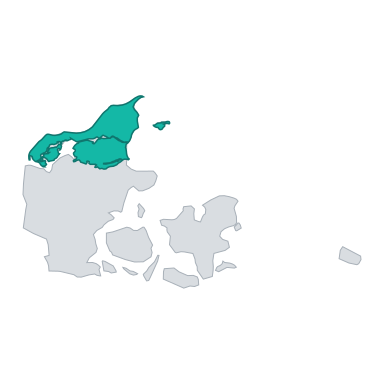 Nordjylland highlighted on a map of Denmark
{"feature_id": "DNK-3418", "entity_name": "Nordjylland", "entity_type": "Region", "adm_level": 1, "iso_a3": "DNK", "parent_name": "Denmark", "parent_adm1": "", "projection": "natural_earth1", "projection_center": [9.42, 57.153], "detail": "fine", "context": "in_parent", "style": "filled", "palette": "teal", "viewbox_px": 384, "rotation_deg": 0, "n_neighbors": 0, "source": "natural_earth", "source_scale": "10m", "svg_char_len": 8844}
<svg xmlns="http://www.w3.org/2000/svg" viewBox="0 0 384 384"><path d="M100.7,275.9L100.0,275.9L96.9,275.3L94.7,274.0L89.0,274.9L81.4,277.1L77.2,277.0L73.9,274.7L60.2,271.4L58.0,271.2L49.0,271.0L48.6,265.9L47.5,262.2L44.4,256.7L49.1,255.4L48.2,244.7L46.5,239.1L33.5,233.5L23.3,227.9L25.8,209.3L26.8,204.3L23.0,194.6L23.5,183.5L25.3,165.9L28.5,165.2L30.9,165.3L40.0,168.5L43.8,168.8L46.4,171.6L49.5,172.7L51.7,169.8L52.6,164.6L59.9,158.0L64.9,155.6L68.4,154.4L71.9,157.1L74.6,160.1L75.2,153.5L77.4,141.1L70.5,139.1L64.9,140.8L59.3,148.7L54.3,158.6L46.3,159.6L39.8,162.4L34.0,159.4L30.3,156.9L30.2,153.1L31.1,150.9L38.0,142.8L47.1,135.0L56.3,135.1L63.0,132.6L67.0,132.3L79.5,132.8L85.9,131.1L91.6,127.6L104.0,112.6L110.9,106.3L125.0,104.1L137.9,96.9L141.6,96.8L135.5,102.2L134.5,104.3L133.8,107.4L138.2,114.4L137.3,118.6L137.7,126.9L133.6,131.3L128.9,140.5L126.9,141.9L126.5,152.7L127.0,155.2L126.4,165.1L131.2,169.1L136.3,171.2L153.3,171.1L155.1,172.9L157.2,176.0L155.7,181.1L153.9,185.0L149.0,188.3L142.7,190.8L138.8,190.9L133.4,186.2L130.9,187.7L128.2,190.1L123.9,202.9L121.8,211.5L120.7,212.2L118.2,211.0L113.9,210.9L108.4,212.9L111.2,214.8L114.2,217.9L113.0,219.5L108.2,221.3L104.0,224.8L102.2,227.4L96.8,230.5L93.4,234.5L95.1,239.4L95.8,243.8L97.3,248.5L96.0,252.4L89.3,257.8L86.8,262.6L92.6,262.5L96.1,263.6L98.2,265.0L100.3,267.0L99.0,269.5L100.7,275.9ZM236.4,216.5L236.6,222.7L235.4,224.5L233.6,225.6L228.8,226.9L224.6,228.7L221.0,231.7L219.7,236.2L222.6,239.4L227.9,241.2L229.4,247.3L225.1,250.4L213.9,253.4L212.8,260.7L213.3,266.5L213.1,270.7L212.3,276.5L203.3,279.1L197.3,270.3L197.2,266.7L195.4,262.6L195.0,259.1L192.9,253.5L184.3,251.9L181.0,251.7L176.3,252.8L175.2,252.4L169.5,244.7L170.4,236.2L167.3,231.9L166.9,230.0L167.0,227.9L164.5,226.1L161.6,225.2L160.1,220.4L163.5,219.3L171.9,219.8L174.3,219.5L176.5,218.5L183.3,210.7L183.0,209.0L183.7,206.7L191.1,205.9L194.4,208.9L193.8,213.7L194.3,219.9L198.7,221.6L200.5,221.9L202.3,217.3L203.5,215.1L205.3,213.8L205.8,209.6L204.7,207.1L202.5,205.2L210.7,200.0L219.3,195.9L224.3,195.7L229.3,196.7L234.0,198.1L236.5,199.3L238.0,201.2L234.9,205.8L234.1,208.3L236.4,216.5ZM144.1,227.3L146.1,230.5L148.6,237.4L152.6,245.1L151.0,248.3L152.1,252.5L151.0,256.8L143.3,261.8L134.6,262.0L125.5,259.6L112.6,254.9L111.6,252.3L109.8,250.9L106.4,242.9L106.4,233.1L112.8,231.9L126.8,227.2L130.1,228.0L133.5,230.4L137.4,230.5L143.0,227.1L144.1,227.3ZM179.0,271.8L187.6,275.6L193.3,275.4L197.3,277.0L198.3,279.5L198.7,284.9L194.6,286.5L190.0,286.0L183.8,288.1L163.3,279.1L163.5,271.7L164.3,268.7L174.0,268.0L179.0,271.8ZM358.7,263.7L356.9,264.7L348.9,263.0L339.1,258.7L340.3,250.3L342.7,246.7L360.6,256.1L361.0,259.6L358.7,263.7ZM148.7,280.5L146.6,280.9L143.7,275.8L143.3,274.3L146.7,271.0L148.9,267.4L154.5,261.8L157.8,255.3L159.0,255.4L157.6,261.2L150.2,277.5L148.7,280.5ZM116.2,272.1L111.2,273.0L108.6,271.5L103.9,270.9L102.2,261.3L102.6,260.8L105.0,261.4L113.2,265.9L116.0,270.8L116.2,272.1ZM236.3,267.2L234.4,268.1L227.0,267.4L218.7,271.7L215.5,270.4L216.7,267.6L217.6,266.6L220.3,265.4L222.2,263.7L222.9,261.1L224.7,262.5L229.8,263.1L232.4,264.0L234.5,265.2L236.3,267.2ZM142.2,216.6L141.4,217.7L138.4,216.6L138.0,212.6L139.1,209.0L137.8,205.8L139.2,203.7L143.6,208.5L144.8,210.8L143.2,213.5L142.2,216.6ZM162.8,126.4L160.8,127.8L154.3,125.8L157.1,122.9L164.3,121.6L168.5,122.1L163.9,124.9L162.8,126.4ZM136.6,274.5L133.4,275.1L129.7,273.8L123.6,268.7L122.9,267.4L126.0,268.2L130.0,270.9L133.2,271.4L137.6,273.7L136.6,274.5ZM241.2,228.1L236.7,230.8L235.7,230.6L234.2,227.0L236.6,224.8L237.9,223.0L238.9,223.0L240.3,225.0L241.2,228.1Z" fill="#d9dde1" stroke="#a8b0b8" stroke-width="1"/><path d="M80.7,162.1L79.8,160.5L79.3,160.1L79.1,160.0L78.1,160.0L76.2,160.7L75.7,161.2L74.7,161.6L73.7,161.7L73.3,160.9L73.8,160.1L76.0,159.2L76.5,158.2L76.8,157.3L76.7,156.9L75.5,156.6L75.0,156.3L74.6,155.9L74.2,155.4L74.0,155.0L73.7,154.4L73.5,153.7L73.6,152.9L73.8,152.7L74.9,151.5L75.1,151.2L75.3,150.9L75.2,150.2L75.0,149.5L74.7,149.2L74.2,149.1L73.7,148.9L73.0,148.3L73.9,146.8L74.8,145.5L75.7,144.6L77.2,143.5L77.5,143.3L77.9,143.3L78.3,143.2L78.6,143.0L78.8,142.2L79.0,142.0L86.0,140.3L87.6,140.3L93.2,142.0L93.2,142.4L92.5,142.7L92.5,143.1L92.9,143.5L93.5,143.7L94.2,143.7L94.6,143.3L96.4,141.4L97.1,140.3L98.0,139.4L99.9,138.9L101.5,138.2L103.7,138.6L108.8,138.2L106.0,136.4L104.6,136.0L103.6,135.4L103.1,135.3L102.7,135.4L101.0,137.0L100.1,137.7L99.1,138.1L98.2,137.6L97.4,137.0L96.4,137.1L94.8,138.2L92.9,138.8L88.7,138.8L77.8,141.6L76.9,141.7L76.0,141.4L70.7,138.2L71.0,139.0L70.6,139.4L69.0,139.9L67.9,140.5L67.3,140.7L66.5,140.7L66.8,140.3L65.9,140.0L65.1,140.1L64.3,140.6L63.5,141.2L62.7,141.1L61.7,141.8L60.9,142.5L60.5,142.6L60.1,141.8L59.2,141.5L58.1,141.6L57.3,142.0L58.0,142.5L56.3,143.7L53.9,144.5L52.2,144.2L51.1,144.4L50.0,144.7L49.5,145.2L49.2,146.3L48.5,147.1L47.8,147.6L47.2,148.3L46.9,150.0L46.7,150.7L46.5,151.0L46.2,151.3L44.7,152.9L43.6,153.0L43.1,153.2L42.9,153.5L42.5,153.8L41.7,154.0L41.0,154.4L40.6,155.2L41.0,157.3L40.9,158.3L40.2,158.8L40.2,159.2L42.1,159.1L42.6,159.2L42.9,160.0L42.6,160.5L42.0,160.8L41.4,160.9L40.8,160.8L39.7,160.2L39.1,160.0L38.5,160.2L37.6,160.7L37.0,160.9L37.0,161.3L39.2,160.9L39.9,161.0L40.9,161.6L41.4,161.7L44.7,160.7L45.4,160.9L45.6,161.3L45.4,162.5L45.4,163.0L46.2,163.8L46.5,164.4L45.8,165.3L45.3,165.8L44.6,166.0L44.0,166.0L43.5,166.2L43.6,166.5L44.1,166.8L43.2,166.8L41.9,165.9L40.7,164.8L40.2,164.0L39.8,163.1L38.7,162.4L37.4,161.9L36.1,161.7L35.3,161.4L34.3,160.6L33.4,159.7L32.7,158.8L32.2,156.6L31.9,156.3L31.3,156.1L29.9,155.5L29.1,155.4L29.8,157.7L30.0,159.0L29.9,159.9L29.2,159.9L28.9,158.7L28.8,155.8L29.4,153.3L30.4,151.4L39.0,141.6L41.6,139.7L45.6,135.3L47.1,134.3L48.8,134.3L52.7,135.3L55.0,135.4L59.3,134.7L61.2,134.0L63.5,132.2L64.3,131.9L76.2,133.2L80.5,132.8L84.8,131.7L88.9,129.7L92.5,126.9L102.7,113.7L104.5,111.9L107.8,109.3L109.4,107.1L110.0,106.8L111.1,105.7L113.4,105.3L117.8,105.6L122.1,105.1L125.9,103.9L129.3,102.2L135.1,98.0L138.2,96.4L139.5,96.0L140.9,95.9L142.3,96.1L143.4,96.8L140.8,97.5L138.4,99.1L134.5,103.3L133.1,106.9L134.5,109.7L136.9,112.2L138.7,115.2L137.3,117.9L137.3,121.1L138.4,127.3L137.6,128.2L135.2,129.5L134.0,130.5L132.4,133.0L131.6,134.6L131.1,137.3L129.9,140.2L129.3,141.2L128.9,141.6L128.6,141.8L128.0,142.0L125.8,141.9L125.1,142.1L124.2,142.2L120.2,140.3L117.3,138.1L115.3,137.5L113.7,136.4L112.6,136.1L111.6,136.5L110.2,138.1L109.3,138.2L110.2,138.3L111.2,137.4L112.1,137.0L112.9,136.7L113.9,137.0L118.6,140.5L120.1,141.0L122.0,142.2L123.0,142.4L126.9,142.5L127.8,142.9L126.4,144.0L126.1,144.5L125.9,145.3L125.7,147.0L125.5,147.5L125.9,148.5L126.4,151.6L126.6,154.1L126.9,155.4L128.1,158.0L128.5,158.4L129.0,158.7L129.1,159.1L128.5,159.7L128.1,159.7L127.0,159.3L126.4,159.2L124.2,159.2L123.5,159.5L122.6,160.0L121.8,159.4L120.9,159.0L119.9,158.8L118.7,159.2L117.6,159.8L117.2,159.9L116.4,160.0L115.7,160.3L114.2,161.2L112.5,161.6L110.3,162.8L103.6,163.4L103.6,163.9L105.8,164.1L113.0,162.6L114.6,161.9L115.3,161.7L115.4,161.3L115.5,161.0L115.9,160.9L116.3,161.0L116.9,161.3L117.2,161.3L117.7,161.3L118.3,161.0L118.8,160.7L119.0,160.3L119.3,159.4L120.1,159.3L121.6,159.7L121.5,159.9L121.3,160.5L122.1,160.6L120.5,161.9L118.3,163.2L116.7,164.8L113.5,166.2L110.6,166.5L109.5,166.7L107.6,167.5L106.0,168.9L104.0,169.1L103.2,168.9L101.9,168.4L99.8,168.8L97.4,166.9L95.9,167.5L95.0,167.3L95.3,166.0L96.5,165.0L95.6,164.3L90.2,164.3L88.9,163.2L89.2,161.7L88.4,161.2L87.1,161.1L86.7,161.7L87.1,162.6L86.0,164.0L84.2,163.3L80.7,162.1ZM56.9,157.5L56.3,158.1L54.3,159.2L54.0,160.3L50.2,161.0L48.9,161.5L48.4,161.4L47.1,159.3L46.6,158.8L45.5,158.0L44.3,157.5L44.0,157.5L42.5,157.9L42.0,157.8L42.2,157.1L42.4,156.8L42.8,156.6L43.2,156.4L43.7,156.3L43.9,156.0L43.8,155.4L43.7,154.8L43.5,154.6L44.8,153.9L48.2,153.6L49.4,152.5L48.8,152.5L48.2,152.5L47.7,152.3L47.1,152.1L47.4,151.5L48.4,150.6L48.8,150.0L48.6,150.0L48.5,149.5L48.5,148.5L48.6,148.3L49.0,148.3L49.4,148.3L49.7,148.3L51.1,147.9L53.9,147.6L55.3,147.0L56.3,147.3L57.3,146.4L58.9,144.1L60.0,144.6L60.7,143.9L61.2,143.1L61.8,143.2L61.6,143.7L61.0,144.5L60.9,144.9L61.0,145.2L61.4,146.1L61.5,146.6L61.4,146.7L60.9,148.7L60.5,149.5L60.2,149.8L59.9,150.0L59.9,149.2L59.6,148.8L59.3,148.5L58.9,148.3L57.8,148.9L57.6,149.2L57.4,149.8L57.5,150.2L57.8,150.5L57.9,150.8L58.3,152.8L58.7,153.5L59.5,153.7L59.2,154.0L58.9,154.2L58.6,154.2L58.2,154.2L58.6,154.4L58.9,154.6L58.2,155.3L57.5,156.7L56.9,157.5ZM167.0,121.5L168.3,121.5L168.9,121.6L169.3,121.9L169.6,122.6L169.6,123.3L169.2,123.8L168.2,123.7L167.1,123.4L163.4,124.0L164.2,124.4L164.7,125.3L164.6,126.3L163.5,127.2L162.8,128.0L162.4,128.8L161.7,129.4L160.2,129.7L159.3,129.2L158.0,127.5L156.3,127.3L155.0,126.8L154.2,126.2L153.4,125.6L153.4,125.2L155.0,125.0L156.5,123.9L157.7,123.2L159.6,123.1L160.7,122.9L161.6,122.2L165.1,122.2L167.0,121.5Z" fill="#14b8a6" stroke="#0f766e" stroke-width="1.5"/></svg>